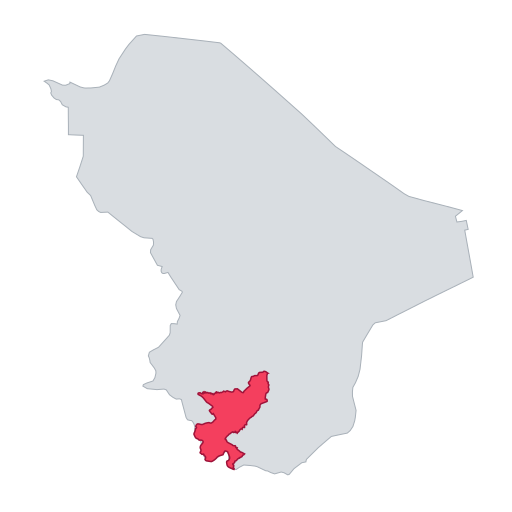 where Arbil sits in Iraq, rotated 182°
{"feature_id": "IRQ-3050", "entity_name": "Arbil", "entity_type": "Province", "adm_level": 1, "iso_a3": "IRQ", "parent_name": "Iraq", "parent_adm1": "", "projection": "orthographic", "projection_center": [44.221, 36.37], "detail": "fine", "context": "in_parent", "style": "filled", "palette": "rose", "viewbox_px": 512, "rotation_deg": 182, "n_neighbors": 0, "source": "natural_earth", "source_scale": "10m", "svg_char_len": 8350}
<svg xmlns="http://www.w3.org/2000/svg" viewBox="0 0 512 512"><g transform="rotate(182 256 256)"><path d="M198.9,52.0L203.0,51.0L210.6,44.8L215.2,38.9L216.6,38.4L220.5,40.4L223.3,41.0L229.8,38.9L233.7,40.1L236.9,41.6L238.8,41.7L247.5,45.5L249.7,46.0L254.2,46.4L260.9,46.7L265.2,44.3L268.3,42.0L270.5,42.0L272.5,42.6L274.3,43.6L275.8,45.3L276.5,47.8L276.2,55.7L276.8,57.8L278.0,59.3L279.5,59.6L281.4,57.9L284.6,55.4L288.5,52.6L291.4,50.1L293.1,49.2L295.8,49.3L298.4,49.7L299.8,50.9L299.8,51.3L301.2,55.0L304.8,68.9L306.8,70.6L309.0,72.1L310.6,74.2L311.3,76.2L311.1,79.5L311.2,83.2L312.2,86.1L313.5,88.2L314.7,89.3L316.5,89.4L318.7,89.9L320.2,92.1L325.0,107.9L325.5,109.9L327.5,110.6L330.7,110.2L334.0,111.8L337.6,114.3L341.0,119.1L343.3,119.8L350.3,119.0L360.0,119.6L364.5,122.0L364.1,123.5L360.6,125.3L354.6,127.5L352.8,130.9L351.9,135.4L352.1,137.8L353.7,140.5L358.1,145.9L358.4,147.8L359.2,150.6L360.1,152.4L359.2,156.1L355.3,158.6L350.2,161.4L339.9,173.7L339.1,176.3L339.3,183.5L338.3,185.5L335.0,185.5L332.4,185.2L332.3,187.7L330.7,191.1L329.8,194.0L333.7,200.8L334.5,204.4L333.9,207.7L330.4,213.5L328.3,217.3L328.8,218.2L331.6,219.7L340.5,232.1L343.4,236.5L347.1,235.3L348.5,235.3L349.6,236.0L350.3,237.5L350.3,239.4L349.4,242.2L354.2,243.3L355.9,246.1L361.6,255.7L361.5,258.6L358.9,263.3L358.9,266.4L359.5,269.1L360.4,270.0L368.6,270.3L372.1,271.3L380.7,276.1L390.6,283.5L398.7,289.5L405.6,294.7L412.8,294.1L414.8,295.0L416.7,296.6L418.9,300.9L423.4,310.7L427.0,313.9L432.8,321.6L438.2,328.9L435.1,339.1L432.1,349.7L432.5,363.3L432.7,370.6L439.8,370.6L447.7,370.7L448.0,379.3L448.4,388.1L448.8,398.1L451.1,398.4L454.9,400.4L456.6,403.5L458.6,405.2L461.0,405.4L463.4,406.9L465.9,409.7L466.8,411.8L466.2,413.3L466.8,415.9L468.6,419.6L470.7,421.3L473.8,423.3L469.7,424.8L465.1,424.0L455.3,420.0L452.2,420.0L448.1,421.8L448.0,423.3L437.6,418.8L433.9,418.0L432.6,417.9L426.7,418.2L418.4,419.3L413.6,421.5L410.2,423.7L408.7,425.8L408.2,426.9L405.7,433.1L402.8,441.1L399.8,448.2L393.7,458.3L390.4,463.0L383.1,471.7L375.1,473.6L356.4,472.3L335.7,470.7L315.1,469.1L299.7,467.8L298.6,467.4L283.4,455.3L271.4,445.6L256.6,433.6L241.5,421.2L226.3,408.6L215.2,399.4L201.9,387.6L189.9,376.8L180.4,368.2L168.2,360.6L158.7,354.6L144.9,345.8L133.9,338.8L124.5,332.8L110.1,323.4L105.3,320.9L90.2,317.3L75.9,314.2L61.1,310.9L51.3,308.6L58.1,302.7L56.4,297.0L51.6,297.8L47.1,298.9L44.9,290.0L48.3,289.1L45.8,277.5L43.2,265.6L40.7,254.1L38.2,242.4L50.9,235.6L60.4,230.5L73.7,223.4L86.5,216.5L98.6,209.8L111.9,202.5L123.8,195.9L134.5,193.4L136.8,191.2L142.0,181.8L146.4,173.7L146.6,171.8L147.0,160.1L148.1,146.4L149.7,139.2L152.2,132.8L154.6,128.1L154.9,123.7L154.7,119.2L152.7,112.3L150.6,105.2L151.1,98.4L151.6,94.8L153.2,89.0L155.8,84.8L158.6,82.2L168.5,79.8L174.4,78.3L182.4,71.0L187.1,66.6L193.7,59.6L198.5,54.5L198.9,52.7L198.9,52.0Z" fill="#d9dde1" stroke="#a8b0b8" stroke-width="1"/><path d="M270.6,41.9L271.4,42.1L275.5,43.8L276.4,44.4L277.1,45.1L277.6,46.0L277.9,47.2L278.1,48.4L278.2,49.0L278.1,49.5L277.8,50.1L277.4,50.3L276.9,50.4L276.4,50.7L275.7,51.6L275.3,52.7L275.3,53.8L275.6,54.9L277.3,58.8L277.5,59.3L277.9,59.6L279.7,60.1L280.2,60.0L280.6,59.6L281.0,58.8L281.6,57.6L281.8,56.8L282.1,56.2L285.7,55.0L286.8,54.4L287.8,53.6L288.8,52.3L290.3,50.9L292.0,49.7L293.3,49.0L294.1,49.0L298.5,49.6L299.3,50.0L299.8,50.9L299.3,52.4L299.3,52.9L299.6,53.9L299.9,54.2L300.5,54.5L300.8,54.7L301.0,55.0L301.2,55.8L301.4,56.1L301.8,56.2L302.6,55.9L303.0,55.9L303.3,56.0L303.8,56.6L304.7,57.0L305.0,57.5L304.9,58.1L304.4,58.7L304.2,60.1L304.5,61.0L304.9,61.8L305.1,63.0L304.8,64.3L304.3,65.2L302.8,67.1L302.3,68.4L302.7,69.3L303.5,69.9L304.6,70.1L305.9,70.0L306.5,70.1L307.1,70.6L307.5,71.0L307.9,71.3L308.4,71.5L308.9,71.5L309.6,71.9L310.3,72.7L311.3,74.6L311.8,75.7L311.7,76.7L310.9,78.6L310.5,80.4L310.4,81.5L309.6,82.0L309.5,82.8L310.2,83.6L310.3,83.7L310.1,84.2L309.9,84.8L309.3,85.6L308.9,86.0L308.3,86.2L306.8,86.1L305.0,85.7L304.1,85.7L303.2,85.9L301.0,87.0L299.2,87.5L297.2,87.9L296.0,87.5L295.3,87.4L294.5,87.7L293.2,88.7L292.4,89.7L291.9,90.4L290.5,91.6L290.5,92.7L290.7,93.3L293.2,97.0L293.6,96.6L293.9,96.4L294.3,96.4L294.7,96.7L296.9,99.3L297.1,99.7L297.2,100.1L296.8,100.6L295.8,101.1L295.5,101.3L295.1,102.1L294.7,102.4L293.8,103.2L294.0,103.8L294.2,104.3L298.5,107.3L299.5,107.7L300.0,108.1L300.4,108.4L303.6,112.2L304.9,113.4L306.0,114.2L308.9,115.6L309.1,115.9L309.2,116.1L309.2,116.3L309.0,116.9L308.7,117.1L308.4,117.2L307.9,117.3L307.0,117.3L306.6,117.2L305.7,116.5L305.0,116.5L304.5,116.4L304.1,116.5L304.5,117.7L304.3,118.0L303.6,118.2L303.2,118.6L302.9,118.3L302.8,117.5L302.8,117.4L302.5,117.2L302.3,117.2L302.0,117.6L301.9,118.3L301.6,118.4L301.2,118.1L300.9,117.6L300.7,117.6L300.4,117.5L299.6,117.9L299.4,117.9L299.1,117.7L298.9,117.4L298.7,117.3L298.3,117.3L297.3,117.6L296.9,117.6L296.7,117.4L296.7,117.0L296.5,116.8L296.3,116.8L295.8,117.0L295.7,117.1L295.4,116.7L295.1,116.6L294.3,117.0L294.0,116.5L294.0,116.0L293.9,115.9L293.1,116.2L292.7,117.0L292.3,117.3L291.7,118.1L291.1,117.7L290.9,117.8L290.7,117.9L290.7,118.1L290.8,118.6L290.8,118.8L290.6,118.9L290.4,118.8L290.0,118.2L289.7,118.1L289.4,118.1L289.1,118.3L288.9,118.4L288.6,118.2L287.7,117.9L286.8,118.4L286.4,118.4L285.9,118.3L285.6,118.4L284.9,118.8L284.1,119.2L284.0,119.3L283.7,119.8L283.3,119.7L282.6,119.5L281.8,119.2L281.7,119.2L281.5,119.5L281.2,119.8L280.6,120.1L279.9,120.2L279.6,120.2L278.8,119.8L275.5,119.1L274.8,119.3L273.8,119.7L273.2,121.3L272.8,122.1L272.4,122.4L271.5,122.5L269.9,122.6L265.4,119.3L264.5,119.0L263.8,119.1L263.4,120.3L260.3,123.6L257.7,125.8L257.4,126.3L257.4,126.6L257.7,126.8L258.6,127.9L258.9,128.4L259.1,128.9L259.1,129.4L258.7,129.9L258.1,130.4L257.5,131.2L257.2,131.8L256.9,133.2L256.5,134.7L256.1,135.3L255.6,135.5L254.7,135.5L253.3,136.4L251.9,136.5L250.9,136.5L250.3,136.7L249.9,137.3L249.4,138.8L249.0,139.4L248.3,139.8L247.5,139.9L245.7,140.0L245.0,140.2L244.2,141.0L243.7,141.1L243.3,141.0L242.4,140.8L242.0,140.6L240.0,139.3L240.5,139.2L240.7,138.1L241.0,137.1L241.0,136.6L240.8,132.5L240.7,131.7L240.4,131.1L240.1,130.8L239.9,130.7L239.5,130.5L239.4,130.4L239.3,130.2L239.5,129.4L239.4,128.8L239.1,128.3L238.6,127.6L238.6,127.4L238.9,126.8L239.1,125.4L238.5,123.7L238.4,123.0L238.6,122.4L239.5,120.2L239.7,119.9L240.0,119.8L240.6,119.7L240.9,119.4L241.4,118.3L241.8,114.7L241.8,113.7L241.7,113.3L240.4,113.2L240.0,112.8L239.7,111.4L240.1,110.9L245.6,108.6L246.1,108.2L246.7,107.3L246.8,107.0L246.9,106.8L246.8,105.4L246.9,104.9L247.8,103.2L248.0,102.5L248.3,102.1L248.4,101.9L248.8,101.9L249.6,101.2L250.1,100.2L250.3,99.6L250.5,99.3L251.9,98.1L252.3,97.5L252.8,96.7L253.1,96.2L253.5,95.9L254.4,95.5L255.0,94.8L255.3,94.6L256.1,94.1L256.8,93.5L258.6,91.4L259.3,90.1L259.6,89.1L259.5,87.8L259.4,87.4L259.4,87.2L259.5,87.0L260.4,87.1L260.7,87.0L261.5,86.5L261.6,86.3L261.7,86.0L261.7,85.6L261.4,85.0L261.4,84.5L261.5,84.2L263.0,84.3L263.4,84.1L263.6,83.8L263.7,83.5L263.6,82.9L263.7,82.5L263.8,82.3L264.2,82.6L264.3,82.8L264.5,82.8L264.8,82.7L265.4,82.3L265.7,81.9L266.1,81.6L266.4,81.1L266.5,80.6L267.6,79.4L268.0,79.1L268.4,79.2L268.6,79.1L268.5,78.8L268.5,78.6L268.5,78.3L268.6,78.2L268.9,78.7L269.2,78.9L269.4,79.0L270.0,78.8L270.3,78.9L270.3,79.0L270.1,79.6L270.2,79.8L270.3,79.9L270.6,80.0L270.8,79.3L271.0,79.2L271.4,79.1L272.1,78.8L272.5,78.9L272.7,79.0L272.7,79.3L272.8,79.4L272.9,79.5L273.4,79.4L273.9,79.0L274.6,78.5L275.8,77.5L276.1,77.2L276.8,77.0L277.5,75.9L278.7,74.9L280.2,72.9L280.4,72.4L280.4,71.9L280.2,71.7L279.8,71.9L279.7,71.8L279.3,70.8L278.9,70.4L278.8,69.7L278.7,69.5L278.5,69.3L278.2,69.1L277.4,68.5L273.5,66.7L273.2,66.5L273.0,66.3L272.8,66.0L272.5,65.8L270.8,65.6L270.2,65.7L269.7,65.1L269.6,64.9L269.7,64.6L269.7,64.3L269.4,63.9L269.1,63.7L268.2,63.8L268.1,63.7L268.5,63.4L268.6,63.2L268.2,62.6L268.2,62.4L268.0,62.1L265.8,60.6L264.6,59.5L264.4,59.4L264.1,59.5L263.2,59.2L260.5,57.8L261.3,56.9L261.9,56.6L262.3,56.5L262.4,56.3L262.6,56.0L262.9,55.2L263.2,54.9L263.9,54.5L265.5,53.9L265.7,53.7L265.5,53.4L267.2,52.6L267.4,52.3L268.2,51.2L268.4,50.9L269.3,50.5L269.8,50.3L270.1,50.1L270.0,49.6L270.0,49.4L270.1,49.1L270.6,48.4L271.0,48.1L271.4,47.7L271.9,47.5L271.9,47.2L271.8,46.6L271.6,46.5L271.2,46.4L271.0,46.2L270.9,45.5L270.9,45.1L271.1,44.8L271.4,44.0L271.4,43.9L271.4,43.7L270.9,43.4L270.8,43.1L270.6,43.0L270.4,42.7L270.6,41.9Z" fill="#f43f5e" stroke="#9f1239" stroke-width="1.5"/></g></svg>